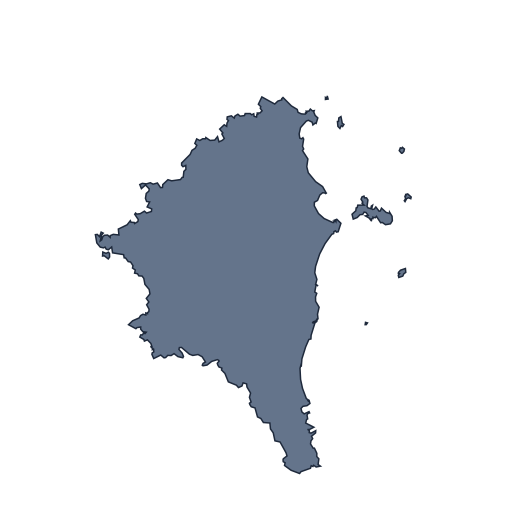 outline of Toscana, Siena, Italy, rotated 207°
{"feature_id": "23120603B95153686365028", "entity_name": "Toscana", "entity_type": "district", "adm_level": 2, "iso_a3": "ITA", "parent_name": "Italy", "parent_adm1": "Siena", "projection": "mercator", "projection_center": [10.807, 43.355], "detail": "fine", "context": "isolated", "style": "filled", "palette": "slate", "viewbox_px": 512, "rotation_deg": 207, "n_neighbors": 0, "source": "geoboundaries", "source_scale": "gbopen_adm2", "svg_char_len": 6149}
<svg xmlns="http://www.w3.org/2000/svg" viewBox="0 0 512 512"><g transform="rotate(207 256 256)"><path d="M141.0,149.1L143.6,151.9L142.9,150.9L143.2,150.4L144.1,150.7L143.7,151.5L146.4,151.8L154.4,159.1L160.2,166.2L165.8,175.9L166.4,178.9L165.4,177.9L168.4,185.2L170.5,197.6L171.0,205.6L169.4,207.0L170.9,210.4L173.1,223.1L171.9,225.8L173.6,224.5L173.6,221.9L174.1,223.7L175.3,221.7L175.1,223.4L172.5,226.0L173.1,225.7L172.5,226.9L173.5,226.0L172.8,226.8L173.5,227.8L172.4,227.1L172.3,228.3L174.8,232.1L176.5,239.0L182.3,242.7L184.4,246.6L184.9,250.3L187.3,250.6L189.4,257.7L187.0,257.4L189.4,258.0L190.0,257.8L191.1,262.8L196.0,267.7L198.2,273.8L200.2,286.7L200.1,298.4L198.3,309.8L197.0,311.2L197.6,313.2L196.6,314.5L195.2,313.8L193.8,314.9L195.2,323.7L200.7,325.4L202.2,323.7L200.9,324.1L200.4,322.9L201.3,323.4L202.6,321.3L201.4,321.4L202.7,320.7L212.3,320.3L219.6,322.2L226.8,327.1L228.4,330.4L226.4,333.4L226.8,339.3L225.3,342.7L222.3,343.6L222.6,342.7L221.9,343.9L228.2,348.1L236.6,349.3L247.2,353.9L251.3,358.6L253.8,366.0L262.4,371.0L262.1,373.0L264.3,374.8L266.6,381.8L267.9,382.7L268.5,381.2L270.5,380.9L273.0,384.4L274.6,390.6L272.4,399.1L270.9,400.7L266.7,400.7L264.8,398.6L263.5,401.4L262.6,401.4L263.6,407.1L267.1,408.1L269.9,410.5L270.1,412.0L271.6,410.9L274.3,411.6L274.6,409.1L277.0,407.8L276.0,407.1L276.8,406.4L277.0,405.4L276.6,405.9L276.1,405.8L276.6,404.7L280.2,403.2L283.8,403.1L285.8,405.3L292.6,405.8L303.9,409.5L304.5,407.8L303.9,406.9L306.9,403.9L308.3,399.9L323.0,400.4L322.8,392.3L319.6,391.3L319.2,389.5L316.5,388.1L317.4,385.3L319.7,384.0L318.8,383.2L319.5,382.7L318.6,380.1L321.1,379.6L322.6,381.7L323.9,379.9L325.9,380.3L330.3,378.0L330.0,375.9L333.6,373.4L336.5,374.1L338.3,371.2L338.0,369.0L341.6,369.7L344.8,366.9L343.9,364.6L342.0,364.1L342.2,361.3L341.0,358.2L343.9,358.5L346.0,352.6L341.4,350.6L341.8,349.2L337.6,346.3L338.5,343.8L340.8,340.9L344.5,344.9L345.4,340.5L349.4,338.1L354.5,338.8L354.2,337.5L356.7,336.3L358.5,333.4L362.0,333.4L361.6,328.5L359.0,327.8L359.1,324.4L361.0,321.1L360.8,316.6L364.5,305.1L363.5,303.1L361.6,302.4L359.7,304.8L357.8,301.4L358.7,298.7L356.6,293.1L357.5,292.5L358.0,289.8L365.3,284.7L369.1,284.0L371.5,277.3L370.4,274.6L372.1,273.6L377.0,276.3L380.3,273.3L383.4,273.3L386.4,270.5L390.3,269.1L392.0,266.9L388.7,264.0L386.7,269.1L381.6,267.3L380.9,265.2L382.2,261.9L380.7,257.2L378.2,254.9L375.3,255.9L375.3,250.3L370.3,250.6L369.4,248.2L373.0,244.6L375.8,245.3L378.4,241.1L381.3,239.2L382.8,239.6L383.0,238.1L377.4,235.0L376.9,233.0L378.9,229.8L379.7,230.6L382.7,229.3L384.0,230.4L385.0,225.3L390.9,217.5L387.7,212.5L393.0,210.5L395.1,208.0L394.4,206.4L397.7,207.3L400.4,205.7L401.3,203.8L400.8,200.3L401.6,198.7L403.1,204.5L402.5,207.0L404.8,207.0L404.2,202.2L407.2,203.2L408.8,202.1L403.8,195.4L398.8,193.2L395.6,194.0L394.5,195.4L392.6,194.1L390.4,194.5L388.7,198.5L385.2,193.7L374.6,197.1L372.6,194.5L371.3,195.0L367.3,193.0L365.0,193.7L361.2,191.5L360.6,189.2L357.2,188.7L356.4,185.6L353.5,186.4L351.4,185.1L348.4,186.4L345.8,185.1L342.1,180.3L336.0,177.7L333.3,174.1L334.5,168.4L330.6,166.4L331.3,162.9L327.1,160.0L326.2,157.7L327.0,156.3L326.5,155.4L328.3,155.2L327.4,153.4L330.3,152.8L331.8,150.5L332.0,147.8L336.5,142.3L338.4,136.9L330.0,136.7L329.6,138.1L326.5,140.4L325.6,138.5L322.5,137.2L319.2,138.3L319.6,136.5L321.2,136.2L321.4,134.2L322.9,133.4L322.7,131.0L318.0,130.7L316.8,129.5L314.7,132.0L310.0,130.4L307.7,128.1L308.4,127.6L307.7,126.9L306.0,126.8L305.8,125.5L304.8,126.3L303.5,124.1L304.5,122.6L304.1,121.1L300.6,118.2L295.9,124.5L291.7,123.5L290.4,124.5L289.5,127.4L286.4,128.8L284.7,131.8L279.9,130.9L275.0,132.1L275.0,133.6L277.8,136.0L282.3,137.8L282.7,139.6L280.9,140.7L270.8,138.3L267.2,138.7L262.9,141.9L258.3,141.8L252.9,138.6L254.4,136.3L254.3,134.3L253.4,134.1L250.1,136.6L247.6,142.0L243.4,146.1L241.9,146.1L241.2,145.6L241.8,142.8L240.4,141.4L238.6,140.3L235.5,140.6L235.0,138.8L230.4,137.3L223.5,131.3L214.8,132.0L211.9,130.8L209.5,133.8L209.9,137.1L206.3,137.8L204.6,135.2L198.6,131.4L197.7,127.1L194.1,123.7L195.0,121.8L194.0,120.8L191.8,119.5L187.9,120.2L181.6,113.3L177.9,113.4L173.8,111.0L167.8,113.5L164.6,108.5L160.4,106.3L155.2,99.9L150.1,101.2L139.9,94.3L137.6,91.9L139.6,87.8L139.4,86.7L138.4,85.1L136.2,85.0L135.5,82.3L127.5,81.0L118.4,82.0L118.0,84.3L111.1,91.6L111.6,94.2L109.7,94.3L109.6,95.7L106.6,95.3L103.2,98.0L106.0,98.4L107.9,103.8L110.8,104.9L112.2,107.8L116.7,111.3L117.8,110.7L122.1,113.3L123.1,116.3L122.6,119.0L124.7,120.6L122.6,125.4L123.5,127.5L126.5,123.2L128.4,122.8L129.1,124.5L131.4,125.0L129.8,125.4L126.7,129.7L135.9,129.7L136.7,133.3L136.0,134.3L138.3,137.4L138.2,139.4L137.0,140.5L138.1,141.4L141.4,137.2L144.3,137.9L146.7,140.6L145.9,143.4L142.6,145.8L141.0,149.1ZM186.1,333.0L183.3,336.2L182.1,340.0L179.8,341.5L179.6,344.2L177.7,344.7L174.5,343.1L176.7,341.4L172.5,341.2L168.8,339.5L170.2,341.3L168.7,342.4L169.5,343.6L167.0,344.3L166.7,346.0L160.0,342.2L158.7,343.2L154.8,342.7L150.8,345.7L150.5,349.3L152.8,353.2L156.9,355.7L156.4,354.5L159.9,353.9L165.9,355.6L165.7,352.6L166.6,351.8L171.5,354.1L172.0,351.4L173.2,350.4L174.4,350.7L175.2,354.1L175.9,352.8L175.1,350.3L178.1,349.7L179.6,350.6L181.7,356.7L183.9,358.0L185.7,357.1L187.0,358.4L188.4,356.8L188.2,354.3L185.3,352.5L185.5,351.2L182.8,350.4L188.4,347.5L187.8,345.1L188.6,344.3L187.6,341.6L189.4,336.8L186.1,333.0ZM241.9,408.7L239.1,407.7L239.2,411.0L237.6,410.7L237.4,413.2L239.3,413.3L243.6,418.8L244.9,416.6L243.6,413.4L244.5,412.8L241.9,408.7ZM119.0,301.7L116.1,304.7L116.2,307.3L115.1,309.4L117.2,312.7L120.8,309.0L121.6,306.1L121.2,305.0L120.1,305.4L120.4,303.3L119.0,301.7ZM386.3,186.3L386.0,188.7L387.7,191.8L389.2,192.4L390.8,190.3L394.3,190.0L392.7,186.3L391.3,187.3L386.3,186.3ZM147.9,372.1L147.8,375.6L146.5,377.1L144.1,377.3L144.5,379.0L149.0,380.2L150.6,378.8L149.8,377.8L150.5,376.9L148.7,374.8L149.0,372.6L147.9,372.1ZM176.2,414.9L173.0,413.6L172.3,414.1L171.7,416.3L172.3,418.7L174.9,419.3L175.1,418.1L176.5,417.9L176.2,414.9ZM265.2,427.0L263.0,428.6L265.2,431.0L264.5,428.5L266.1,428.8L265.2,427.0ZM127.6,244.4L126.6,244.9L126.3,247.0L128.3,246.6L127.6,244.4Z" fill="#64748b" stroke="#1e293b" stroke-width="1.5"/></g></svg>